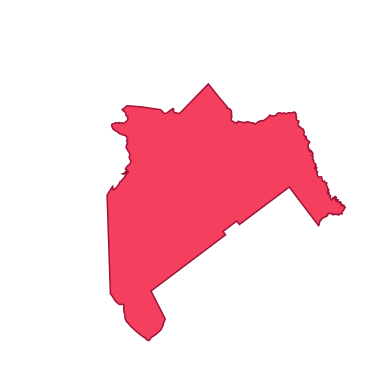 the district of Taveta, Coast, Kenya, rotated 53°
{"feature_id": "3690345B11030917787472", "entity_name": "Taveta", "entity_type": "district", "adm_level": 2, "iso_a3": "KEN", "parent_name": "Kenya", "parent_adm1": "Coast", "projection": "albers", "projection_center": [37.998, -3.439], "detail": "fine", "context": "isolated", "style": "filled", "palette": "rose", "viewbox_px": 384, "rotation_deg": 53, "n_neighbors": 0, "source": "geoboundaries", "source_scale": "gbopen_adm2", "svg_char_len": 5848}
<svg xmlns="http://www.w3.org/2000/svg" viewBox="0 0 384 384"><g transform="rotate(53 192 192)"><path d="M133.1,113.4L115.5,113.9L121.6,153.1L121.6,154.3L121.4,155.3L120.7,156.0L119.6,156.6L118.4,158.1L116.6,158.0L115.9,158.1L115.4,157.8L114.9,156.8L113.8,157.0L113.7,165.2L112.4,166.9L107.4,167.5L94.1,180.6L84.1,191.8L84.2,198.2L86.4,197.9L87.5,197.3L88.1,197.6L89.3,197.6L89.8,197.8L91.2,198.7L91.6,198.4L92.7,198.4L93.8,198.0L94.0,198.3L94.3,199.2L95.7,199.8L96.1,202.2L95.9,203.6L96.2,204.3L96.2,205.4L95.9,205.9L94.7,206.1L93.8,207.6L93.7,208.3L93.1,208.7L92.6,208.5L92.3,208.6L92.3,209.9L92.0,210.3L90.6,211.1L90.8,212.5L90.2,213.4L89.7,214.7L89.7,215.3L90.3,215.7L90.8,216.4L94.3,217.2L95.1,216.9L95.3,216.5L97.3,216.4L98.6,215.4L99.8,215.1L101.4,215.1L103.0,213.8L103.9,213.6L104.8,213.0L105.5,212.0L107.3,211.1L107.9,211.0L108.6,211.4L109.2,211.1L110.3,211.0L110.8,211.4L110.8,212.1L111.3,212.5L111.4,213.1L112.8,213.8L113.3,213.5L113.5,213.6L114.5,214.5L114.8,215.7L115.2,215.9L116.2,217.3L116.7,217.4L117.0,217.9L118.5,218.2L119.0,218.1L120.3,218.2L121.0,218.5L122.1,218.4L124.0,218.7L125.1,219.6L126.4,221.3L131.0,222.4L132.1,224.7L132.5,228.8L133.3,230.8L133.8,231.5L134.3,231.4L134.9,230.6L135.6,230.8L135.8,231.2L136.1,235.6L135.7,236.6L136.5,236.2L136.8,235.2L137.2,234.6L137.3,232.1L136.8,230.9L137.2,230.6L137.4,230.7L137.7,231.2L138.6,233.7L139.0,236.0L139.3,236.6L139.7,236.8L139.8,237.2L139.8,238.7L140.7,242.0L140.5,243.2L142.0,246.1L142.1,247.1L143.0,249.4L142.9,251.8L143.1,253.3L142.7,253.2L142.5,253.4L141.6,253.2L140.8,252.8L140.5,252.2L140.0,251.9L139.7,251.8L139.7,252.2L143.4,261.7L224.3,318.5L226.7,318.3L227.7,318.5L230.3,318.5L231.6,318.9L233.8,318.7L237.9,317.8L238.4,317.4L239.9,315.1L240.6,314.5L240.9,314.4L241.9,314.8L243.5,316.3L245.9,317.9L246.3,318.3L249.9,319.6L251.3,320.5L252.4,321.5L253.9,321.9L256.8,322.3L258.0,321.9L262.2,321.8L267.1,320.9L273.4,319.6L278.6,318.0L279.3,317.8L279.8,317.0L280.6,317.4L281.4,317.3L283.2,316.9L283.9,316.6L284.7,315.7L284.8,315.1L284.7,314.6L284.0,313.3L283.7,311.7L284.0,306.1L283.5,300.2L283.1,299.0L282.1,297.6L281.7,296.2L280.1,294.4L277.3,289.8L246.4,284.3L246.4,191.0L242.2,191.0L242.1,173.7L246.5,173.7L246.6,111.3L295.0,111.2L294.6,110.0L294.3,109.7L293.2,109.2L293.0,107.9L292.1,107.3L291.8,106.7L292.2,105.6L292.1,105.3L291.4,104.9L291.2,103.8L291.5,102.8L291.9,102.2L291.9,100.8L292.5,99.1L292.0,98.5L292.3,97.8L292.1,97.6L291.3,97.3L291.0,96.8L291.8,95.8L291.5,95.4L292.2,94.8L292.8,93.8L293.1,93.6L294.1,93.6L294.6,93.0L295.5,92.7L295.3,91.6L295.6,91.0L296.1,90.9L296.8,90.5L297.1,89.5L298.6,88.9L298.7,88.6L298.1,87.9L298.6,87.5L298.8,85.9L298.9,85.6L299.7,85.5L299.9,85.2L298.7,84.6L298.2,84.0L297.9,82.0L297.2,81.0L296.6,78.9L296.3,78.8L295.6,79.4L294.8,78.9L293.9,78.7L293.7,80.1L292.3,80.6L292.4,79.9L292.2,79.6L291.2,80.2L290.2,79.4L289.1,79.4L288.8,79.5L288.7,79.8L289.3,80.5L289.2,80.8L287.2,81.8L286.9,81.7L286.8,81.4L286.8,80.6L286.3,80.0L286.1,80.0L285.2,81.1L285.7,81.7L285.5,82.4L283.5,81.9L283.4,81.4L283.9,80.8L283.4,80.0L283.1,79.9L282.9,80.2L281.9,80.2L281.6,80.7L282.4,81.4L281.2,83.1L281.3,83.4L282.5,84.2L282.5,84.7L282.3,85.3L281.8,85.6L279.8,85.3L279.1,84.3L278.5,84.4L278.2,84.3L278.1,83.6L277.8,83.6L277.2,84.2L276.6,84.4L275.4,84.4L275.3,84.1L275.7,83.7L275.3,83.0L275.0,83.0L274.5,84.5L274.2,84.6L273.7,83.7L273.1,83.2L273.5,82.6L273.0,82.3L272.9,81.7L272.0,81.5L272.0,82.1L271.0,81.4L269.7,81.1L269.2,80.7L268.1,81.0L267.3,80.3L266.6,80.1L266.6,79.8L266.5,79.5L265.7,78.9L265.0,80.1L263.5,80.0L263.0,79.6L262.5,81.1L262.2,81.2L261.5,81.2L260.6,80.6L259.0,80.2L257.8,79.3L257.5,79.7L257.3,80.5L256.7,81.2L256.4,82.1L254.4,81.9L253.9,82.0L253.6,81.9L253.3,81.2L252.2,80.8L251.2,79.4L250.5,80.3L250.2,80.4L249.7,79.9L249.4,79.9L248.4,79.2L248.3,78.9L247.7,79.1L247.6,79.7L246.7,79.8L246.4,79.2L246.4,78.7L247.6,78.3L247.7,77.8L246.9,77.6L246.1,78.0L245.5,78.0L245.1,77.6L245.1,76.8L244.6,76.4L241.2,77.0L240.0,75.7L238.0,75.7L237.6,75.0L236.8,74.7L236.5,74.0L236.2,74.1L235.7,74.0L235.1,74.1L235.3,73.5L235.1,73.1L234.5,72.7L234.0,72.8L233.4,72.1L232.5,72.2L231.1,71.9L230.9,72.0L231.3,72.6L231.7,72.7L231.6,73.0L230.9,73.1L230.0,72.7L229.7,72.7L229.4,72.8L229.0,73.5L228.8,73.2L228.9,72.7L228.2,72.7L227.2,72.4L226.4,72.7L226.3,72.4L224.5,71.1L223.9,70.4L223.5,69.2L223.1,68.6L223.1,68.1L222.8,67.9L222.1,67.9L221.0,68.6L220.7,68.4L218.7,68.7L218.4,69.1L217.7,68.9L217.7,68.1L217.5,67.9L216.8,67.8L216.3,67.4L215.9,67.5L215.9,68.3L214.8,68.5L213.9,68.3L213.1,67.9L212.3,66.7L208.9,65.3L208.6,65.4L208.2,65.9L207.0,66.0L206.1,66.6L205.3,66.5L204.1,67.2L203.1,66.8L202.7,67.0L201.5,66.4L200.6,65.6L200.4,65.3L200.4,64.4L200.0,64.1L199.5,64.0L197.8,65.1L197.1,65.1L196.3,64.6L195.4,63.7L195.1,63.9L194.8,63.3L194.2,63.4L193.6,63.0L192.7,62.0L192.0,62.2L191.4,61.9L190.7,61.7L189.9,62.1L189.2,63.2L188.9,64.1L189.1,64.8L188.9,65.3L187.4,66.2L186.8,67.2L186.3,68.9L185.4,70.6L184.3,70.7L184.1,71.4L183.5,72.2L183.1,73.5L181.6,74.1L180.8,75.6L180.6,77.1L181.3,79.4L180.6,80.7L178.9,82.8L178.5,83.1L177.9,83.1L177.4,83.8L177.5,84.7L178.0,85.3L177.9,85.8L178.3,87.2L178.1,87.8L178.1,90.6L177.9,91.4L177.9,92.2L177.3,93.3L176.6,93.7L176.3,94.2L176.3,95.1L175.6,97.5L176.0,98.5L175.7,99.6L175.7,100.9L175.4,101.1L174.1,101.1L173.7,101.4L173.5,102.1L173.0,102.4L172.7,102.9L171.5,103.6L170.8,104.3L169.4,105.0L168.9,106.2L169.1,106.7L168.6,107.1L168.5,107.7L167.4,109.4L167.0,109.4L167.0,109.7L165.2,110.9L164.2,112.2L163.7,112.2L163.8,112.4L163.5,112.7L163.5,113.4L163.7,113.6L163.4,114.4L163.7,115.1L163.5,115.3L163.1,115.3L162.4,115.6L162.3,116.3L160.4,116.7L159.3,117.4L157.7,117.3L156.9,116.4L156.7,115.8L156.1,115.2L154.5,113.9L153.6,113.8L152.8,113.0L152.5,112.5L150.8,111.8L150.1,112.1L149.1,111.6L148.7,112.1L147.6,112.2L146.1,113.5L145.9,113.5L145.4,112.7L133.1,113.4Z" fill="#f43f5e" stroke="#9f1239" stroke-width="1.5"/></g></svg>